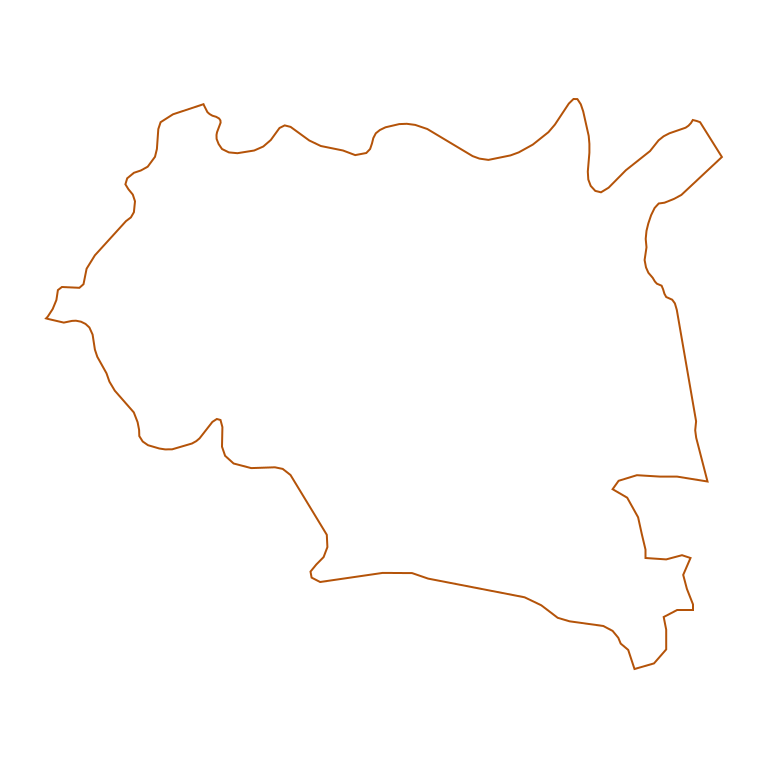 SVG path tracing the border of Maseru
{"feature_id": "LSO-1203", "entity_name": "Maseru", "entity_type": "District", "adm_level": 1, "iso_a3": "LSO", "parent_name": "Lesotho", "parent_adm1": "", "projection": "mercator", "projection_center": [27.777, -29.596], "detail": "fine", "context": "isolated", "style": "outline", "palette": "amber", "viewbox_px": 768, "rotation_deg": 0, "n_neighbors": 0, "source": "natural_earth", "source_scale": "10m", "svg_char_len": 2540}
<svg xmlns="http://www.w3.org/2000/svg" viewBox="0 0 768 768"><path d="M79.4,287.8L83.5,284.2L86.6,268.7L94.9,255.3L126.0,221.1L130.9,217.4L133.9,212.2L135.0,201.3L132.8,194.6L128.4,189.2L125.4,184.3L127.2,178.3L133.9,172.8L140.8,170.5L147.7,166.7L155.0,156.8L156.9,149.0L158.3,129.1L160.6,122.2L173.0,114.3L203.5,104.2L204.1,105.6L207.4,112.1L209.5,114.0L212.4,115.7L216.1,116.8L219.1,118.5L220.4,120.4L220.6,122.7L217.0,132.3L216.5,135.0L216.6,138.9L218.6,144.0L222.0,149.0L228.9,152.4L237.4,153.2L254.2,150.5L263.3,146.5L270.8,140.0L279.5,128.0L284.7,125.4L290.6,126.9L309.3,140.5L320.8,146.0L343.0,150.5L355.2,155.1L366.3,153.0L370.1,149.0L372.0,143.4L373.3,138.1L375.8,133.3L379.9,130.0L385.5,127.3L399.2,124.1L406.8,123.8L415.2,124.9L427.3,129.0L472.6,156.1L479.4,158.6L488.4,159.9L510.5,155.4L518.7,152.4L532.8,144.6L548.4,132.2L554.9,124.6L568.8,103.6L573.5,99.0L577.4,99.1L580.8,104.3L583.2,111.4L588.7,135.9L589.4,143.9L589.4,152.7L587.8,171.6L588.3,179.5L590.7,185.9L595.3,190.9L601.0,192.3L608.6,187.7L625.9,170.2L650.0,151.1L658.6,140.3L663.6,136.3L669.4,133.3L685.6,127.7L688.5,125.7L691.0,123.0L692.8,120.0L696.8,121.0L700.1,122.2L721.9,157.0L681.4,194.9L674.0,198.9L664.5,202.7L658.7,203.5L654.6,208.0L651.1,215.2L648.3,223.5L646.5,230.8L645.7,238.9L646.5,247.3L644.6,260.0L646.0,267.4L648.4,272.8L652.7,277.8L654.9,281.5L656.9,283.7L661.6,285.7L663.1,289.3L664.4,293.7L666.2,297.0L672.2,299.7L674.9,303.4L676.8,309.9L696.1,421.3L695.2,430.3L696.2,437.8L707.5,481.5L677.1,476.6L660.1,476.6L636.9,475.2L618.6,480.8L612.6,489.2L627.2,497.7L638.1,517.3L641.8,534.1L645.5,549.6L645.5,558.0L666.2,559.4L682.0,555.2L690.5,558.0L683.2,574.9L686.9,588.9L693.0,604.4L693.0,610.0L677.1,610.0L663.7,617.0L666.2,629.7L666.2,649.4L654.0,663.4L634.5,669.0L628.2,649.9L620.7,643.6L618.3,637.8L612.6,630.9L603.3,626.0L569.5,621.3L557.7,617.8L541.3,605.3L524.6,597.3L428.1,578.6L412.1,573.1L382.7,572.9L320.1,582.0L311.6,577.6L310.5,571.6L316.3,564.5L323.6,557.1L327.4,547.1L326.8,534.8L290.5,475.0L282.7,468.9L274.9,467.3L251.2,468.1L233.6,463.5L225.1,455.8L222.0,446.7L222.4,427.1L220.5,420.0L216.8,419.0L212.4,421.9L199.6,438.3L196.3,441.1L192.0,443.5L172.2,449.3L165.1,449.4L159.3,448.5L148.0,445.2L142.7,441.5L139.3,436.1L139.1,429.9L137.6,422.2L133.8,412.4L114.8,390.7L109.4,381.6L106.5,373.3L97.3,356.8L94.9,349.6L92.6,334.6L89.4,327.5L85.5,323.9L81.0,321.7L75.9,320.7L72.0,320.9L63.8,322.6L47.9,318.9L46.1,318.4L47.7,316.7L52.7,309.0L56.4,300.0L57.9,290.1L61.9,287.0L79.4,287.8Z" fill="none" stroke="#b45309" stroke-width="2"/></svg>